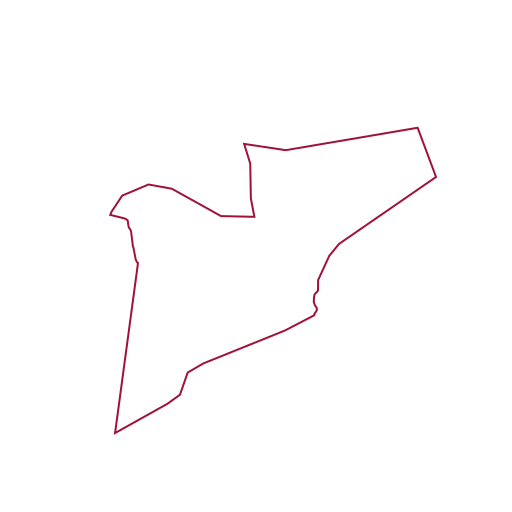 the border of Saint John, rotated 67°
{"feature_id": "DMA-1435", "entity_name": "Saint John", "entity_type": "Parish", "adm_level": 1, "iso_a3": "DMA", "parent_name": "Dominica", "parent_adm1": "", "projection": "robinson", "projection_center": [-61.45, 15.568], "detail": "fine", "context": "isolated", "style": "outline", "palette": "rose", "viewbox_px": 512, "rotation_deg": 67, "n_neighbors": 0, "source": "natural_earth", "source_scale": "10m", "svg_char_len": 787}
<svg xmlns="http://www.w3.org/2000/svg" viewBox="0 0 512 512"><g transform="rotate(67 256 256)"><path d="M161.2,374.1L158.9,371.8L148.1,355.5L148.2,327.0L161.2,307.2L205.6,272.6L219.3,242.2L200.9,238.2L168.7,225.2L148.2,223.1L170.2,187.3L201.1,57.1L253.6,59.4L277.3,174.8L284.4,188.4L302.4,208.2L312.0,212.4L312.7,213.7L313.9,216.4L314.9,217.6L316.0,218.4L320.7,220.7L322.1,220.9L324.6,221.0L325.8,220.7L326.7,220.6L327.6,220.4L328.4,220.7L329.3,221.0L330.1,221.6L332.1,224.9L333.3,225.4L335.9,258.4L334.3,346.4L336.6,364.4L354.0,380.2L357.4,395.2L363.9,454.9L216.4,367.4L215.4,367.9L213.7,368.1L211.7,368.0L200.3,365.5L199.2,365.6L185.3,361.6L183.1,361.3L180.6,361.8L179.0,361.8L173.1,360.2L171.0,361.5L169.9,362.5L161.2,374.1Z" fill="none" stroke="#9f1239" stroke-width="2"/></g></svg>